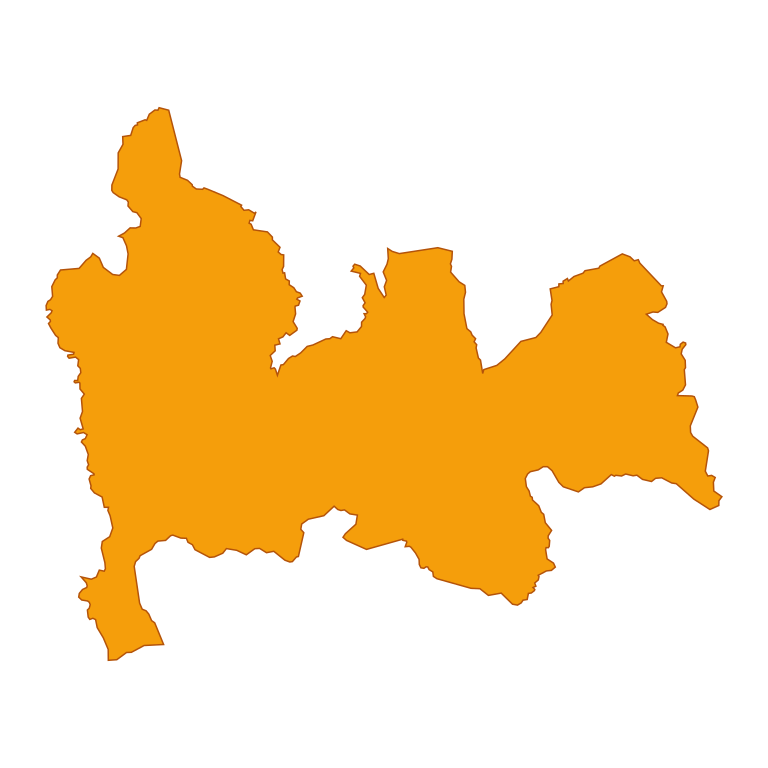 outline of Tepexco, Puebla, Mexico
{"feature_id": "50627088B96534583301688", "entity_name": "Tepexco", "entity_type": "district", "adm_level": 2, "iso_a3": "MEX", "parent_name": "Mexico", "parent_adm1": "Puebla", "projection": "mercator", "projection_center": [-98.656, 18.65], "detail": "fine", "context": "isolated", "style": "filled", "palette": "amber", "viewbox_px": 768, "rotation_deg": 0, "n_neighbors": 0, "source": "geoboundaries", "source_scale": "gbopen_adm2", "svg_char_len": 6038}
<svg xmlns="http://www.w3.org/2000/svg" viewBox="0 0 768 768"><path d="M108.3,660.3L116.8,659.7L126.5,652.5L131.4,652.3L144.1,645.5L163.6,644.5L154.7,622.8L151.6,620.6L148.8,614.1L146.1,610.8L142.2,609.2L139.6,603.1L134.2,566.4L135.6,561.6L139.0,558.4L140.1,555.7L151.6,549.3L155.0,543.5L157.9,541.1L165.6,540.4L170.6,535.7L172.8,535.1L180.9,538.1L186.4,538.3L188.0,542.3L192.4,544.7L195.0,549.7L209.6,557.4L214.4,556.9L222.8,553.2L226.4,548.6L236.7,550.3L246.3,554.8L254.8,548.7L259.6,548.4L266.5,552.7L273.8,551.3L284.9,560.2L289.8,562.0L292.4,561.6L296.4,557.0L298.4,556.5L303.8,532.7L300.8,529.3L301.7,524.0L308.3,519.2L323.9,515.7L334.1,506.2L337.8,509.5L340.9,510.5L344.5,509.9L349.9,513.9L357.4,515.1L355.9,524.2L345.4,533.7L343.0,537.3L346.5,540.4L366.5,549.4L402.7,539.2L402.8,540.3L406.4,541.1L406.8,542.2L405.2,546.7L409.4,546.3L411.0,547.3L415.5,553.0L419.1,559.4L419.3,564.5L420.9,567.8L423.9,568.3L426.1,566.8L427.8,567.0L429.1,569.6L432.8,571.9L433.4,576.4L436.9,578.7L471.0,588.3L479.9,588.7L488.4,595.4L501.2,593.1L512.5,604.2L517.5,605.1L521.2,602.9L523.0,600.2L527.2,599.5L528.4,593.4L531.3,593.0L534.4,590.6L534.8,589.5L533.0,587.5L535.9,586.2L534.7,583.0L538.3,579.9L539.0,576.6L538.2,575.3L546.5,570.9L551.4,570.4L555.3,567.1L553.5,563.1L547.1,558.9L545.6,549.6L546.1,547.6L548.3,547.7L549.2,546.4L549.7,540.5L548.1,538.2L548.2,535.8L551.6,530.4L545.3,522.7L543.7,514.3L541.3,512.3L538.7,505.7L532.5,500.0L532.2,497.3L530.4,496.2L529.1,491.0L526.4,486.7L525.3,478.5L527.6,474.0L530.3,471.7L538.2,469.9L543.2,466.7L547.5,466.7L552.1,470.7L558.8,482.3L563.3,486.8L578.4,491.9L584.5,487.7L592.8,486.8L601.0,483.9L611.3,474.6L614.4,476.2L615.8,475.3L621.6,476.0L625.7,474.0L633.1,475.8L636.9,475.2L642.5,479.4L651.5,481.5L655.6,478.3L661.7,477.8L671.7,483.0L676.3,483.7L693.8,499.1L709.9,509.5L718.8,505.5L718.9,500.7L721.9,496.7L713.8,491.0L713.4,482.2L715.2,477.5L711.6,475.4L707.8,476.0L705.3,471.2L708.5,450.8L707.6,447.9L692.7,436.2L690.6,432.5L690.3,425.9L697.9,407.1L695.6,399.8L694.3,396.7L691.9,396.0L677.4,395.6L678.3,393.0L682.8,390.1L685.5,384.9L684.3,369.6L685.5,367.7L685.2,360.3L681.2,353.9L682.2,349.2L685.8,344.7L685.6,343.0L683.1,342.1L680.3,344.3L680.0,346.8L675.5,347.8L666.3,342.3L668.0,334.0L665.1,326.9L662.8,325.2L663.1,324.4L658.6,323.2L652.4,319.6L646.3,314.2L652.9,312.0L657.8,312.4L665.5,307.4L667.0,303.8L666.7,301.3L661.5,291.9L663.2,285.8L661.3,285.8L639.8,263.1L638.3,259.7L634.2,260.8L630.0,256.8L622.3,253.9L599.9,266.1L598.8,268.2L585.0,270.7L583.0,273.2L574.0,276.5L568.4,281.0L567.4,278.5L563.1,281.2L563.2,283.5L558.9,283.9L558.8,286.7L550.2,288.9L552.0,300.5L551.1,304.3L552.2,315.0L540.8,332.4L535.9,337.5L520.9,341.4L504.8,358.9L496.8,365.4L483.8,369.6L482.7,373.5L480.5,360.1L478.4,358.0L476.1,347.9L476.7,344.7L474.1,341.8L475.6,338.7L472.1,335.1L470.7,331.8L466.9,328.6L464.0,313.7L463.8,299.2L465.5,292.3L464.8,285.4L459.1,281.8L450.6,272.1L451.5,266.4L450.4,263.9L451.9,259.2L452.3,251.3L437.8,247.7L399.3,253.6L392.2,251.4L387.7,248.5L388.3,258.7L387.0,264.2L383.2,271.9L386.6,280.4L384.3,286.8L386.2,295.1L384.2,297.5L378.2,288.4L373.8,273.3L369.2,274.5L360.2,266.0L354.7,264.2L353.0,266.2L353.8,267.9L351.2,271.1L360.5,273.4L359.6,276.3L366.3,285.2L364.7,294.4L362.3,297.7L365.1,302.8L363.1,305.6L363.2,307.1L367.7,312.2L366.4,313.7L364.1,313.7L365.6,316.8L365.1,318.4L361.6,322.2L361.5,326.5L357.1,331.9L349.9,332.8L346.2,330.7L340.8,338.7L332.5,336.7L329.8,338.7L325.8,339.0L312.9,345.0L307.2,346.4L300.7,352.9L295.3,356.5L292.5,356.0L288.5,358.5L283.4,364.6L280.9,365.0L277.4,375.3L275.4,369.1L274.1,367.8L270.9,368.8L270.5,368.0L272.2,361.3L270.2,355.5L275.2,350.8L274.8,345.2L280.0,343.9L278.5,338.8L282.9,336.9L286.1,332.8L289.7,335.4L296.9,330.2L297.2,328.3L293.1,321.6L295.6,313.9L295.0,307.2L295.2,306.1L298.5,305.2L300.0,301.0L296.8,299.2L297.6,297.9L302.2,296.2L300.2,293.1L296.4,291.7L293.8,287.7L289.2,284.7L289.3,281.0L285.6,278.9L284.6,272.8L283.0,273.1L282.1,269.6L283.6,266.4L283.7,254.9L281.1,254.5L278.2,252.0L280.0,247.3L272.4,239.9L272.4,237.1L267.4,231.9L253.4,229.8L251.1,224.2L249.1,223.2L249.9,220.4L252.7,220.8L256.0,211.9L254.5,213.3L248.7,209.8L244.0,210.3L240.8,206.5L241.6,205.2L223.0,195.6L207.6,189.2L204.0,187.9L202.6,189.3L196.3,189.0L192.4,186.2L192.2,184.7L187.5,180.3L180.1,177.3L179.5,174.0L181.6,160.7L168.7,110.2L159.1,107.7L157.9,110.2L154.9,110.0L149.3,114.2L146.7,120.4L145.1,119.8L137.3,122.8L137.5,124.9L135.2,125.4L133.2,127.6L130.7,135.4L122.7,136.6L123.0,144.3L118.2,152.9L118.1,169.0L111.9,185.0L111.8,190.4L113.2,192.6L119.1,196.8L126.7,199.8L128.3,202.0L128.0,206.0L132.8,211.6L136.9,212.7L141.2,218.6L140.2,226.4L135.7,228.0L130.1,227.9L124.5,233.0L118.6,236.2L122.9,237.7L126.5,245.8L128.1,253.9L126.4,269.4L119.4,275.4L112.7,274.5L103.3,267.4L99.3,258.1L92.8,253.4L90.7,256.9L86.1,260.3L79.1,268.4L60.5,270.0L57.3,275.0L57.3,277.8L55.2,279.8L51.8,286.6L52.6,296.4L50.5,299.7L47.9,301.4L46.1,305.6L46.4,310.1L49.9,309.4L52.0,310.7L51.3,312.7L46.9,317.0L50.3,320.0L50.4,321.5L48.5,323.5L50.8,327.9L55.6,335.4L58.3,337.6L58.0,343.3L59.9,347.7L64.9,350.7L74.0,352.4L73.6,354.2L67.9,355.1L67.6,356.4L69.1,358.2L75.6,357.1L78.6,359.6L77.8,365.8L80.3,368.4L80.8,372.7L78.2,376.4L77.7,380.5L74.6,380.5L74.1,381.8L75.3,382.9L79.1,382.3L79.9,383.1L80.0,389.0L84.3,394.1L81.4,398.4L82.5,411.5L80.1,418.2L83.2,428.9L80.2,429.7L78.0,428.1L74.7,432.3L77.1,433.9L83.5,432.5L87.1,434.7L85.3,438.6L82.4,439.9L81.4,442.0L85.3,446.2L88.3,454.5L87.2,460.6L88.6,464.8L87.2,467.1L87.3,469.3L93.9,473.7L94.1,474.8L90.6,475.7L89.1,479.0L91.0,485.8L90.7,488.4L94.4,492.9L102.1,497.0L104.3,507.3L108.5,507.3L107.9,510.5L110.1,515.7L112.8,528.0L109.7,536.7L102.3,541.5L101.3,548.1L104.9,562.7L105.4,568.8L104.2,571.2L99.3,570.1L96.4,577.0L91.3,579.2L81.1,576.9L86.3,582.8L87.2,585.8L86.7,587.5L82.5,589.5L79.3,593.4L78.7,597.1L81.7,600.0L87.6,601.0L89.3,602.3L90.2,604.7L89.2,608.3L87.4,610.0L88.2,617.1L89.8,619.4L92.9,618.3L95.6,619.6L97.2,627.6L103.3,637.8L108.2,649.4L108.3,660.3Z" fill="#f59e0b" stroke="#b45309" stroke-width="1.5"/></svg>